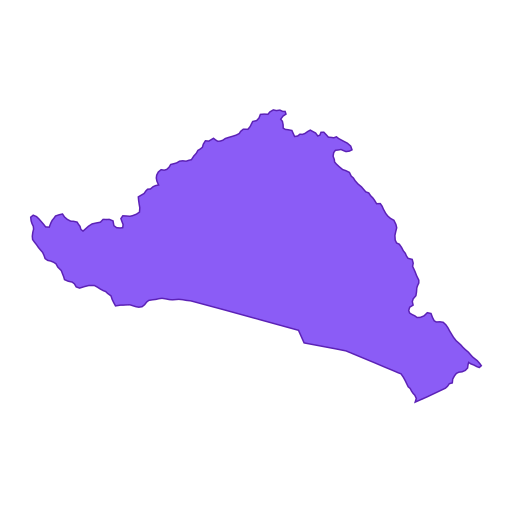 outline of Itapebi, Bahia, Brazil
{"feature_id": "56859067B79786588856261", "entity_name": "Itapebi", "entity_type": "district", "adm_level": 2, "iso_a3": "BRA", "parent_name": "Brazil", "parent_adm1": "Bahia", "projection": "mercator", "projection_center": [-39.666, -15.918], "detail": "fine", "context": "isolated", "style": "filled", "palette": "violet", "viewbox_px": 512, "rotation_deg": 0, "n_neighbors": 0, "source": "geoboundaries", "source_scale": "gbopen_adm2", "svg_char_len": 4152}
<svg xmlns="http://www.w3.org/2000/svg" viewBox="0 0 512 512"><path d="M333.7,152.6L335.4,150.3L338.0,150.0L341.0,149.5L343.7,150.7L346.0,151.6L349.4,151.1L352.0,149.8L350.7,146.1L347.4,143.2L344.3,141.6L341.3,140.0L338.7,138.6L336.4,136.8L333.8,137.8L331.2,137.4L328.4,137.2L326.2,134.7L323.8,132.2L321.0,132.3L319.9,135.1L317.8,136.0L315.6,133.0L312.4,131.3L310.3,130.1L307.7,131.5L304.9,133.5L302.4,134.4L299.9,134.2L297.7,136.0L294.6,136.5L293.5,134.1L291.9,130.5L287.9,129.7L285.2,129.4L283.2,128.1L283.1,124.8L282.4,121.3L280.7,119.2L283.0,116.1L286.0,114.1L285.1,111.4L282.7,111.4L279.9,110.1L276.4,110.6L273.3,109.9L269.9,111.9L267.9,114.3L264.1,114.1L260.4,114.4L259.0,118.0L256.6,120.6L252.7,121.5L251.4,124.0L250.2,126.5L247.9,129.3L243.3,129.2L240.6,131.4L239.3,133.5L236.2,135.1L232.5,136.3L228.7,137.4L225.3,138.5L222.9,140.2L220.2,141.1L217.8,141.3L215.5,139.9L213.5,138.3L211.3,139.6L208.8,141.1L205.4,140.8L203.3,144.2L202.4,147.3L200.0,149.2L197.9,150.4L196.3,153.3L193.9,155.9L191.4,159.7L188.8,160.3L186.1,161.2L182.7,160.8L179.5,161.2L176.7,162.9L173.8,163.7L170.7,164.5L169.1,167.2L166.8,169.4L164.2,170.2L161.1,169.7L158.3,172.0L156.7,175.1L156.3,178.0L156.9,181.1L158.6,185.0L155.6,185.6L153.1,186.7L150.4,189.0L147.6,189.2L145.9,190.9L144.1,193.5L140.8,195.4L138.3,196.9L138.6,200.2L139.2,204.3L139.8,207.8L139.5,212.1L136.4,214.2L132.5,215.7L129.9,216.3L126.4,216.0L122.8,215.8L120.9,218.6L121.9,221.4L123.1,224.6L122.7,227.7L120.1,228.0L116.6,227.7L113.9,225.7L113.0,220.9L109.4,219.4L106.5,219.5L103.1,219.4L100.4,222.2L96.1,223.0L92.1,223.9L88.5,226.2L85.5,228.9L83.0,231.1L80.9,229.4L80.0,226.3L78.4,224.2L77.1,222.1L73.6,221.3L70.8,221.2L67.3,219.4L64.5,217.0L62.5,214.0L59.0,214.8L55.5,216.0L53.9,218.3L52.2,220.3L51.0,222.6L49.2,227.2L45.6,226.9L43.6,224.3L41.0,221.3L38.8,218.8L36.5,216.6L33.2,215.2L30.7,217.2L31.1,220.8L32.0,223.6L33.3,226.3L33.6,229.1L32.8,232.4L32.3,236.2L32.6,239.5L34.3,241.9L36.6,244.8L38.5,247.6L40.6,250.1L42.6,252.4L44.0,255.4L45.1,258.6L47.7,260.4L50.6,261.0L53.7,262.3L56.0,263.8L57.8,267.1L61.3,270.6L62.7,274.3L63.7,276.8L64.5,279.6L68.1,281.2L72.2,282.1L74.4,283.8L76.2,286.9L79.6,288.1L84.4,286.6L88.8,285.5L91.9,285.5L94.4,285.5L97.5,287.2L100.4,289.1L103.4,290.7L105.6,291.5L107.6,293.4L111.0,295.9L112.2,299.5L113.8,302.8L115.5,305.9L120.5,305.1L123.4,305.1L126.2,304.9L130.0,304.8L133.7,306.0L136.0,306.7L138.8,307.2L142.1,306.7L144.6,304.7L146.7,302.0L148.8,300.4L152.4,299.8L155.9,299.4L158.8,298.7L162.0,298.3L166.0,298.9L169.4,299.6L172.5,299.8L175.1,299.6L178.7,299.3L182.8,299.7L186.5,300.4L190.6,300.8L224.4,309.9L298.5,330.3L304.1,342.9L336.0,348.9L346.0,350.9L374.9,362.9L384.5,367.0L392.0,370.1L395.3,371.5L398.0,372.7L401.0,373.8L403.4,377.3L405.3,380.8L406.5,383.3L408.2,386.8L410.2,388.5L411.4,390.9L413.1,393.4L414.8,395.2L416.3,398.4L415.2,402.1L427.5,396.7L430.2,395.4L445.4,388.2L447.5,386.3L449.3,383.7L452.3,382.9L452.7,379.1L454.5,375.8L456.4,373.4L458.8,372.2L462.1,371.8L465.3,370.4L467.6,368.0L468.0,364.8L468.7,362.4L470.7,363.8L473.8,365.0L476.8,366.6L479.3,367.5L481.3,365.7L479.9,363.7L477.3,360.7L474.5,358.5L472.5,356.9L470.8,355.0L468.3,352.1L465.3,349.6L462.8,347.2L460.9,345.0L458.5,342.8L456.1,340.7L453.4,337.2L449.7,331.1L448.0,327.9L445.8,324.7L443.2,322.3L440.0,321.8L436.3,322.0L434.2,320.8L432.5,317.5L431.0,313.5L427.3,312.7L424.0,315.9L420.3,317.4L417.0,317.5L414.9,315.9L411.8,314.4L409.6,313.0L408.7,310.5L409.7,307.2L413.1,305.1L412.3,301.6L413.2,298.8L415.9,295.7L416.5,292.0L416.8,287.9L417.6,285.5L418.8,283.0L418.8,280.2L416.6,275.7L415.1,271.8L413.9,269.1L412.6,266.4L413.2,263.2L412.2,259.4L408.0,258.3L406.4,255.9L405.3,253.3L403.3,250.8L401.6,247.5L399.3,244.2L396.6,243.0L395.2,240.1L394.9,235.5L395.7,231.7L396.7,227.8L395.9,224.4L393.9,220.3L390.5,218.4L387.8,216.1L385.7,213.4L383.4,209.2L382.1,206.2L380.3,203.6L376.6,203.7L374.4,200.1L372.9,198.0L370.6,195.7L368.7,192.9L365.8,191.9L363.9,189.7L361.5,186.9L357.9,183.9L355.1,180.7L353.4,178.0L351.2,176.1L349.4,172.4L345.7,170.6L342.7,169.6L339.3,166.8L336.4,164.1L334.6,162.0L334.3,159.5L333.1,156.2L333.7,152.6Z" fill="#8b5cf6" stroke="#5b21b6" stroke-width="1.5"/></svg>